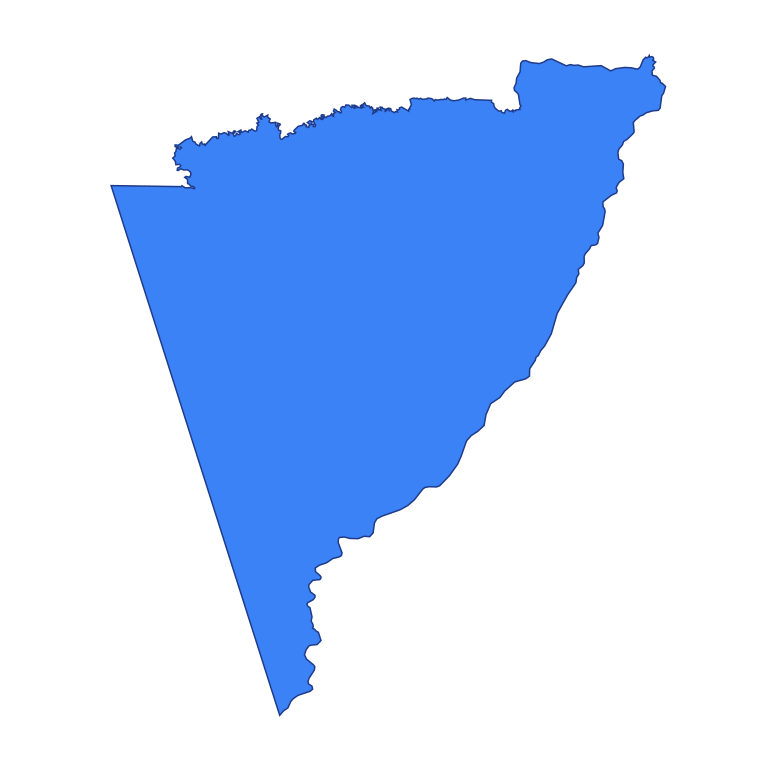 Taisha, Morona Santiago, Ecuador (orthographic projection), rotated 91°
{"feature_id": "8360857B62075287883124", "entity_name": "Taisha", "entity_type": "district", "adm_level": 2, "iso_a3": "ECU", "parent_name": "Ecuador", "parent_adm1": "Morona Santiago", "projection": "orthographic", "projection_center": [-77.601, -2.443], "detail": "fine", "context": "isolated", "style": "filled", "palette": "blue", "viewbox_px": 768, "rotation_deg": 91, "n_neighbors": 0, "source": "geoboundaries", "source_scale": "gbopen_adm2", "svg_char_len": 6090}
<svg xmlns="http://www.w3.org/2000/svg" viewBox="0 0 768 768"><g transform="rotate(91 384 384)"><path d="M52.7,128.0L55.2,130.5L62.6,133.4L64.8,135.9L63.5,142.5L63.3,148.9L64.7,158.0L67.0,162.7L61.9,172.5L63.4,190.0L61.7,195.4L62.1,199.4L61.4,203.2L62.7,207.3L56.1,222.0L57.0,226.5L59.3,229.9L60.9,234.2L60.1,242.8L58.2,247.9L58.7,251.2L61.0,252.9L69.4,253.4L75.9,256.7L81.0,257.2L85.7,259.2L88.3,258.6L90.9,255.5L92.5,254.6L102.4,252.9L103.3,251.9L106.2,253.3L107.2,252.9L107.7,256.9L108.7,257.4L107.9,259.9L109.5,259.8L108.6,260.9L109.2,262.3L108.4,264.1L107.2,265.5L108.2,267.2L111.1,268.3L110.4,270.9L108.7,271.6L109.3,273.8L106.5,277.4L104.4,278.9L102.0,279.1L100.2,281.5L98.5,281.4L98.2,298.2L96.9,302.6L98.6,307.2L96.7,307.2L96.7,309.3L98.7,314.0L99.6,318.9L99.0,322.5L96.5,325.8L98.4,326.8L98.0,328.6L98.7,329.8L98.4,331.4L99.2,335.5L98.7,337.7L100.2,338.8L98.4,340.3L97.7,342.0L97.4,345.3L98.2,346.2L98.7,350.4L97.7,352.5L98.6,354.1L97.6,356.0L98.2,357.1L97.6,358.7L98.0,361.1L99.1,363.0L104.2,361.5L107.5,363.1L108.6,362.9L108.8,364.1L110.8,364.1L106.8,371.2L107.6,373.3L109.0,373.4L109.8,374.6L109.5,375.8L111.8,375.3L111.4,377.2L112.5,378.4L110.9,381.4L108.6,382.1L108.2,383.9L110.1,383.8L108.5,385.1L109.0,386.3L110.5,386.1L111.2,387.6L109.3,387.2L108.5,390.2L107.5,390.5L107.2,392.5L110.4,391.8L109.8,392.9L110.1,394.3L109.4,395.0L108.3,394.2L108.3,395.8L109.6,395.7L110.0,397.4L110.7,395.9L111.7,396.1L110.9,397.7L112.6,397.7L113.9,399.9L110.6,399.1L110.1,400.2L108.5,400.0L107.1,401.5L108.4,402.6L106.4,403.5L106.0,406.7L103.2,408.3L104.6,409.9L105.9,409.9L105.4,411.2L106.4,411.1L106.2,412.3L107.4,412.1L107.8,409.9L108.5,411.7L107.6,414.7L108.1,415.6L106.7,415.9L106.4,416.9L108.5,417.7L108.8,418.6L108.2,419.0L107.5,418.0L105.8,418.2L105.9,420.9L107.3,420.3L108.2,421.1L105.8,424.1L105.7,427.0L108.0,428.0L107.3,430.1L108.2,431.6L110.5,432.3L112.7,431.2L113.5,431.6L113.8,432.6L112.5,433.7L112.5,435.4L111.2,436.3L110.0,438.6L112.0,439.3L113.3,437.5L114.4,439.2L117.3,439.1L116.8,440.1L114.7,441.0L116.8,442.7L117.3,445.5L118.6,446.4L117.8,448.2L119.4,449.1L118.1,450.1L116.2,448.6L115.8,450.6L116.4,451.5L119.2,451.5L120.0,450.0L120.6,450.3L120.3,451.8L118.8,453.1L120.7,455.2L119.4,456.3L121.1,458.8L122.9,459.0L126.6,456.9L127.9,457.5L127.8,459.1L125.6,458.8L125.7,461.4L122.9,460.3L122.1,462.7L123.9,465.2L126.1,462.4L127.1,463.5L128.8,463.8L128.0,466.5L126.9,465.9L126.3,466.3L126.0,468.0L124.9,468.1L124.8,469.1L126.7,469.9L127.9,474.3L132.0,478.4L133.1,478.5L134.0,476.7L134.8,476.9L135.7,480.0L134.6,481.8L135.4,484.2L136.1,484.7L137.0,483.7L138.4,484.2L138.3,487.0L141.3,490.4L141.0,491.5L139.4,492.4L136.1,492.5L135.2,491.8L132.6,491.7L132.0,493.8L131.1,494.3L127.8,493.7L126.7,492.3L125.7,492.6L125.0,495.4L128.1,494.8L128.7,496.0L126.6,497.0L124.3,497.1L125.0,501.6L123.8,503.7L121.0,502.4L119.3,505.1L117.2,504.9L119.2,508.4L117.4,510.6L116.0,510.2L116.1,511.0L117.4,512.2L121.3,510.9L121.1,512.0L119.0,513.3L120.6,515.7L124.6,513.7L125.4,515.7L127.4,514.1L129.0,515.5L132.4,515.6L133.2,516.4L133.4,517.6L131.4,520.7L132.6,521.9L132.6,523.4L134.5,524.2L133.3,527.3L135.0,530.9L132.6,531.5L134.3,534.5L135.0,532.4L137.0,532.5L137.2,533.8L136.0,536.0L137.8,536.4L138.9,537.6L138.4,538.6L136.5,538.8L134.0,536.9L133.5,537.5L133.8,538.7L136.1,540.0L134.4,544.1L137.7,543.3L138.2,543.9L136.2,545.9L135.5,548.3L137.0,551.5L136.1,553.7L141.2,553.9L141.5,555.4L139.7,555.9L140.0,559.6L147.5,566.3L147.3,567.4L148.4,567.1L147.0,570.0L145.2,570.5L146.6,572.1L149.2,572.6L147.5,576.0L145.4,577.3L144.7,579.4L140.1,580.8L141.4,581.9L143.4,586.7L148.8,593.7L148.6,597.0L149.9,597.2L150.5,596.4L150.7,591.2L151.3,590.6L152.9,592.2L151.6,594.9L151.9,595.6L155.3,596.2L156.6,597.4L159.7,596.8L161.8,599.2L164.9,596.5L168.4,595.9L168.0,592.3L169.0,591.0L170.3,591.4L171.7,594.2L173.9,594.5L174.1,593.5L172.4,590.9L173.5,588.0L173.3,584.8L173.8,583.1L176.0,580.9L178.1,580.7L180.6,581.9L179.9,585.7L180.9,586.9L182.8,584.1L187.1,583.8L187.6,582.3L189.5,580.7L190.0,577.8L191.2,576.7L192.0,577.0L191.0,581.5L191.4,586.0L189.3,589.5L190.2,589.9L190.4,660.3L717.1,482.5L712.5,478.7L709.5,474.4L703.1,471.7L700.2,469.3L696.8,464.5L692.4,452.3L690.3,450.0L687.4,450.7L685.1,454.3L683.0,454.8L679.7,453.9L671.3,448.7L668.1,448.2L666.2,449.4L660.6,456.5L656.3,458.8L651.0,457.2L647.4,454.7L646.5,453.1L645.7,446.4L641.6,442.5L633.4,445.3L632.1,447.7L630.3,449.2L629.5,451.2L627.8,450.5L625.5,450.9L622.3,452.7L618.1,451.9L609.0,454.1L607.5,456.3L605.8,457.2L604.1,456.6L600.8,450.9L598.4,449.3L596.5,449.3L593.2,453.8L588.2,455.8L585.7,455.4L581.5,451.7L580.7,444.8L579.8,443.9L578.1,443.6L576.9,444.4L572.8,449.2L569.1,449.5L566.3,445.4L563.7,438.2L559.4,432.2L557.8,426.0L556.3,423.6L553.6,423.0L543.1,427.1L539.7,426.8L538.2,425.9L537.7,420.9L539.0,415.5L539.1,407.2L536.6,401.3L536.9,395.7L533.1,392.3L523.1,391.1L518.9,388.8L516.3,384.1L509.4,365.6L505.1,358.1L499.1,351.5L488.5,343.5L486.8,341.4L485.9,337.0L486.0,329.6L484.8,326.6L474.8,317.2L462.9,309.0L454.3,305.4L439.4,300.5L433.9,295.7L429.7,289.4L423.7,283.2L412.9,281.5L401.8,277.0L395.4,267.8L388.9,263.2L379.7,253.4L376.3,242.3L373.6,238.7L366.2,238.6L357.6,233.1L354.7,232.5L352.8,230.2L348.2,228.1L343.1,224.0L330.9,217.6L310.5,212.1L291.5,201.9L279.4,193.9L274.0,193.2L270.5,191.1L266.1,191.8L262.0,187.1L259.4,185.9L252.8,186.1L250.2,185.0L245.2,180.8L242.0,179.3L241.2,174.8L239.7,172.9L233.7,171.6L229.4,172.8L221.7,168.2L207.7,165.9L204.9,166.6L203.2,167.9L199.0,168.4L197.8,167.9L191.4,160.1L188.9,154.9L186.8,154.2L183.7,155.3L182.4,154.8L178.2,152.4L174.5,147.8L168.5,148.9L159.9,148.5L156.6,150.2L155.1,153.3L148.5,154.2L145.3,153.4L140.8,149.8L137.4,148.7L134.9,144.9L129.1,139.1L127.5,138.3L118.3,139.3L116.3,137.9L111.5,132.5L110.5,129.7L108.2,126.5L106.2,120.0L105.6,114.5L103.5,112.8L91.0,111.3L88.2,109.5L81.6,107.7L78.3,111.3L78.1,112.7L75.7,113.3L71.6,116.9L70.6,121.1L66.2,121.5L63.4,119.1L62.1,119.6L61.5,120.7L60.1,120.6L57.3,118.0L55.7,121.0L54.6,120.1L52.8,120.4L52.0,122.0L52.5,124.0L50.9,124.5L52.4,125.3L53.3,127.0L52.7,128.0Z" fill="#3b82f6" stroke="#1e3a8a" stroke-width="1.5"/></g></svg>